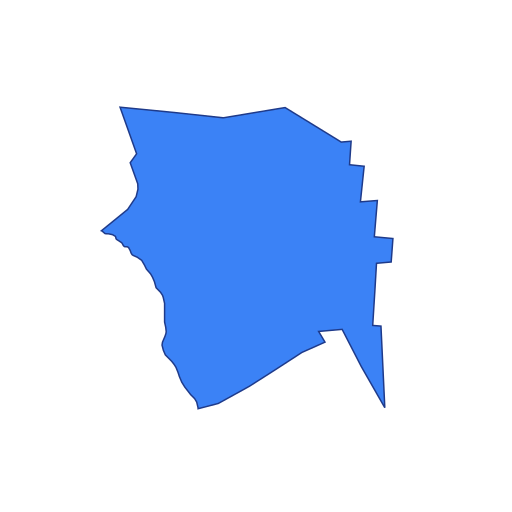 outline of Chittenden, Vermont, United States of America, rotated 338°
{"feature_id": "52423323B83826367261250", "entity_name": "Chittenden", "entity_type": "district", "adm_level": 2, "iso_a3": "USA", "parent_name": "United States of America", "parent_adm1": "Vermont", "projection": "mercator", "projection_center": [-73.209, 44.442], "detail": "fine", "context": "isolated", "style": "filled", "palette": "blue", "viewbox_px": 512, "rotation_deg": 338, "n_neighbors": 0, "source": "geoboundaries", "source_scale": "gbopen_adm2", "svg_char_len": 1261}
<svg xmlns="http://www.w3.org/2000/svg" viewBox="0 0 512 512"><g transform="rotate(338 256 256)"><path d="M145.1,375.9L165.8,378.6L201.1,374.3L231.7,368.6L262.5,362.6L287.7,361.7L285.8,349.4L308.4,356.3L312.2,397.9L318.6,444.9L345.6,367.8L338.2,364.1L353.7,331.7L365.0,307.9L379.1,312.2L389.5,291.1L372.9,282.5L389.3,250.0L373.1,244.9L389.9,213.3L376.9,206.4L387.2,185.2L377.7,182.3L338.6,129.3L332.1,127.8L277.4,115.6L234.1,92.4L185.7,67.1L183.6,116.5L174.3,122.4L173.4,144.8L171.6,149.8L167.1,156.1L154.5,164.7L122.1,174.7L122.7,175.3L124.3,178.5L125.1,179.1L127.6,180.2L131.0,182.5L133.0,185.1L133.0,185.9L132.7,187.5L132.9,188.3L136.4,193.3L136.7,194.4L136.9,196.6L137.4,197.8L137.9,198.3L140.1,199.2L141.0,200.4L141.4,203.8L141.4,204.1L141.3,206.4L141.6,208.3L142.3,209.4L145.4,212.6L148.4,217.2L149.2,222.7L149.5,227.1L151.6,233.2L152.1,236.8L152.2,241.7L151.5,248.0L153.9,253.9L154.6,257.5L154.5,259.1L154.5,259.5L153.5,265.7L146.5,283.0L145.6,288.3L144.4,292.5L143.4,294.2L141.5,296.4L137.0,300.9L135.5,303.4L134.8,308.6L134.9,313.7L138.4,322.1L138.6,322.8L139.5,326.0L140.1,329.2L140.1,334.8L139.8,339.0L139.9,345.2L140.9,350.9L143.5,360.1L145.7,365.3L146.3,369.2L145.4,375.1L145.1,375.9Z" fill="#3b82f6" stroke="#1e3a8a" stroke-width="1.5"/></g></svg>